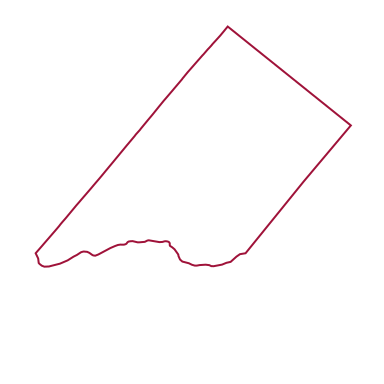 the district of Jo Daviess, Illinois, United States of America, rotated 310°
{"feature_id": "52423323B10546312408424", "entity_name": "Jo Daviess", "entity_type": "district", "adm_level": 2, "iso_a3": "USA", "parent_name": "United States of America", "parent_adm1": "Illinois", "projection": "robinson", "projection_center": [-90.406, 42.351], "detail": "fine", "context": "isolated", "style": "outline", "palette": "rose", "viewbox_px": 384, "rotation_deg": 310, "n_neighbors": 0, "source": "geoboundaries", "source_scale": "gbopen_adm2", "svg_char_len": 1468}
<svg xmlns="http://www.w3.org/2000/svg" viewBox="0 0 384 384"><g transform="rotate(310 192 192)"><path d="M114.7,176.5L116.2,178.1L118.5,182.7L119.4,183.8L123.5,187.9L126.1,189.0L127.2,189.9L132.7,199.3L134.8,201.5L136.5,202.6L137.5,203.6L138.5,205.3L138.8,206.6L138.7,207.3L138.3,208.0L137.0,209.1L136.6,209.9L136.9,212.2L136.9,215.4L135.3,221.6L134.2,222.9L132.6,226.2L132.5,229.3L135.4,235.4L136.2,238.7L137.4,241.4L138.6,242.9L141.0,244.9L145.1,249.2L147.1,252.3L147.6,254.4L149.1,256.3L155.7,261.7L159.9,263.9L163.3,266.5L171.1,267.6L175.2,268.7L179.5,272.4L271.8,270.8L345.1,270.9L341.7,113.0L330.0,113.1L317.6,112.6L317.4,112.7L312.6,112.5L311.7,112.4L304.3,112.3L303.7,112.2L280.8,111.7L272.8,111.8L272.0,111.9L252.1,111.8L243.2,111.7L236.0,111.8L225.9,112.0L218.8,112.0L207.4,112.1L206.3,112.2L200.5,112.0L199.6,112.0L198.1,112.1L185.3,112.1L160.9,112.3L158.7,112.3L157.6,112.3L142.9,112.4L134.4,112.3L130.0,112.3L114.3,112.1L112.4,112.1L107.3,112.0L90.5,112.1L85.5,112.0L85.3,112.0L82.6,112.0L80.7,112.1L76.7,112.1L56.3,111.8L55.0,111.8L44.6,111.6L42.2,116.9L39.1,120.2L38.9,121.5L39.0,124.3L39.9,126.9L43.0,130.3L45.4,132.0L52.2,136.9L59.7,140.7L66.3,142.8L69.8,144.3L74.5,145.7L75.6,146.4L76.8,147.3L78.8,150.2L79.4,152.5L79.7,156.3L80.0,157.2L81.0,158.8L83.9,160.4L96.6,165.5L101.0,167.7L103.8,169.3L105.6,170.9L107.9,173.7L109.2,174.6L110.2,175.0L112.1,174.9L113.3,175.3L114.6,176.4L114.7,176.5Z" fill="none" stroke="#9f1239" stroke-width="2"/></g></svg>